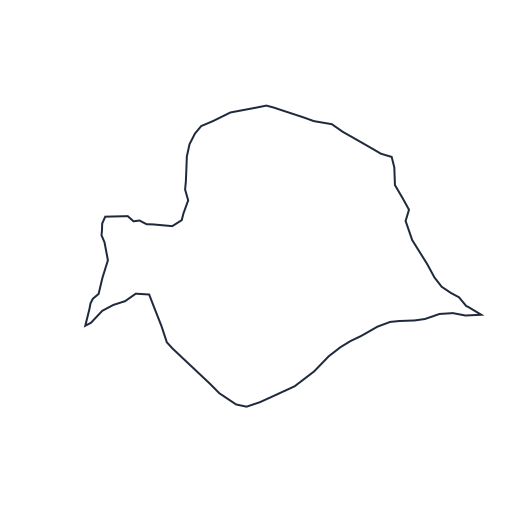 outline of Isin, Kwara, Nigeria, rotated 157°
{"feature_id": "59680162B97277051818349", "entity_name": "Isin", "entity_type": "district", "adm_level": 2, "iso_a3": "NGA", "parent_name": "Nigeria", "parent_adm1": "Kwara", "projection": "robinson", "projection_center": [5.07, 8.257], "detail": "fine", "context": "isolated", "style": "outline", "palette": "slate", "viewbox_px": 512, "rotation_deg": 157, "n_neighbors": 0, "source": "geoboundaries", "source_scale": "gbopen_adm2", "svg_char_len": 1305}
<svg xmlns="http://www.w3.org/2000/svg" viewBox="0 0 512 512"><g transform="rotate(157 256 256)"><path d="M71.6,113.9L80.7,126.4L82.0,127.7L85.3,138.7L91.0,145.8L97.1,155.1L100.1,166.4L101.6,181.8L106.0,209.6L104.6,229.8L97.1,238.8L98.4,251.6L100.4,267.0L94.1,283.4L92.4,294.2L101.0,301.3L110.6,314.1L126.0,334.3L127.5,336.2L134.7,347.7L150.1,357.6L158.3,365.2L177.6,382.1L181.4,385.5L187.7,390.4L198.3,392.6L223.4,398.1L225.4,398.0L243.1,397.0L255.7,397.0L264.3,392.6L273.5,384.9L280.8,374.6L285.8,363.9L291.5,351.9L295.3,344.9L296.7,333.7L306.0,323.7L310.4,318.0L321.4,316.2L338.4,325.3L344.3,328.0L349.4,334.2L355.2,335.8L358.5,342.8L379.4,351.1L384.9,346.0L387.7,339.9L390.1,335.5L390.1,327.8L394.0,309.9L398.0,305.2L405.9,295.9L415.7,282.6L422.9,280.4L426.8,277.1L430.1,272.2L440.4,258.5L434.0,259.0L419.0,265.6L406.5,266.7L394.0,265.6L381.4,268.3L369.4,262.3L369.9,247.0L370.4,228.4L371.8,211.4L368.9,203.2L360.7,184.6L355.0,171.6L348.2,156.1L345.4,149.1L343.4,144.0L336.9,134.1L332.3,127.1L323.6,121.0L309.6,119.9L287.5,120.5L271.1,121.0L267.8,121.9L247.5,127.1L228.2,135.3L213.7,139.1L202.2,140.8L190.6,141.3L175.2,143.1L171.8,143.5L158.3,142.9L149.6,140.2L135.2,134.7L125.1,132.0L112.0,131.1L109.6,130.9L97.1,126.5L86.5,119.4L71.6,113.9Z" fill="none" stroke="#1e293b" stroke-width="2"/></g></svg>